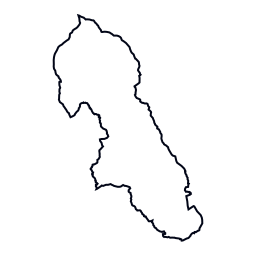 Runcu, Dâmbovita, Romania
{"feature_id": "2599482B4208961659821", "entity_name": "Runcu", "entity_type": "district", "adm_level": 2, "iso_a3": "ROU", "parent_name": "Romania", "parent_adm1": "Dâmbovita", "projection": "orthographic", "projection_center": [25.346, 45.222], "detail": "fine", "context": "isolated", "style": "outline", "palette": "ink", "viewbox_px": 256, "rotation_deg": 0, "n_neighbors": 0, "source": "geoboundaries", "source_scale": "gbopen_adm2", "svg_char_len": 5778}
<svg xmlns="http://www.w3.org/2000/svg" viewBox="0 0 256 256"><path d="M199.4,230.0L199.5,228.4L202.3,223.4L202.2,219.9L201.8,217.6L200.7,215.1L197.1,211.3L194.3,206.4L193.5,206.1L188.5,209.4L187.7,205.8L187.3,201.3L186.3,196.1L190.0,194.7L190.7,194.1L190.2,193.6L190.8,193.3L190.8,193.1L190.2,192.4L189.3,191.9L188.4,192.0L187.7,191.7L187.4,191.8L186.7,191.6L186.0,191.8L184.9,190.2L185.1,188.7L185.9,187.2L188.1,186.9L188.3,184.7L188.8,183.7L188.0,183.4L188.2,180.7L187.9,179.9L187.6,179.5L187.5,178.7L187.7,177.9L186.7,176.4L186.5,175.8L186.6,175.3L185.4,173.5L185.5,173.0L185.1,172.3L185.0,171.2L185.4,171.0L184.2,168.6L181.5,165.9L177.1,162.7L176.3,160.9L175.3,156.4L172.8,155.6L171.7,154.6L169.1,150.2L168.3,148.5L168.1,147.2L166.8,146.2L166.5,145.7L164.5,144.6L164.0,144.2L163.8,143.5L162.7,142.4L162.4,141.9L162.0,140.6L161.8,140.1L161.4,138.7L161.4,137.9L161.6,136.7L161.6,135.1L161.5,134.4L160.4,133.0L160.2,132.6L160.2,131.8L159.4,130.4L158.9,129.4L157.2,128.5L157.1,127.9L157.5,127.1L157.4,126.7L155.1,124.6L154.9,123.6L154.3,122.8L154.1,121.2L153.1,118.9L152.9,118.1L150.7,115.6L150.9,113.0L151.1,112.6L151.0,111.9L150.3,111.0L148.6,109.6L149.0,108.2L149.2,107.8L149.3,107.3L148.2,106.1L147.6,104.0L147.0,103.6L146.4,103.4L145.4,103.5L144.4,103.4L143.3,102.9L142.3,102.9L140.4,101.7L140.1,101.2L140.3,100.1L140.1,99.6L139.8,99.3L136.7,98.0L135.6,96.5L134.9,94.9L135.6,94.0L135.5,93.1L136.0,89.9L135.4,87.6L134.6,86.8L134.5,86.3L138.6,83.4L139.5,82.5L139.6,78.0L139.2,75.8L140.3,75.1L140.6,74.7L140.0,74.0L139.8,72.8L138.6,71.3L138.0,70.2L138.2,69.2L139.2,67.1L139.4,66.4L139.5,65.8L139.1,64.7L139.0,63.1L138.7,61.9L135.8,58.8L135.2,58.6L134.1,55.9L133.7,54.5L131.7,52.7L131.1,51.7L130.1,49.2L129.6,47.2L129.3,46.8L126.0,43.0L123.3,41.0L122.0,40.3L121.6,39.7L121.1,38.1L120.3,37.1L118.6,36.1L116.9,35.6L113.8,35.6L111.8,33.9L111.0,33.5L109.9,32.7L109.3,32.4L106.8,31.9L104.6,31.7L102.1,32.0L101.5,31.9L101.3,31.6L100.9,30.1L98.8,27.4L98.1,25.6L97.2,24.9L96.8,24.2L96.0,23.3L95.0,22.5L94.2,21.1L93.5,20.4L92.1,20.3L89.5,19.5L86.7,19.3L85.7,19.5L83.8,17.7L81.0,16.7L79.4,15.7L78.4,15.4L79.3,18.3L79.6,21.5L80.1,22.7L80.1,23.1L79.4,24.6L77.3,27.3L75.9,28.4L74.6,29.1L73.1,30.2L72.7,30.7L72.1,32.4L70.2,33.6L69.9,34.4L69.7,37.2L69.1,38.3L68.6,39.4L66.8,40.5L63.5,43.0L62.0,44.5L59.7,45.8L58.3,47.1L57.0,50.1L55.0,53.6L54.5,55.0L54.0,57.2L53.7,60.1L53.8,64.4L53.7,66.5L54.0,68.7L55.3,70.8L55.5,72.3L56.0,74.1L56.6,74.9L58.5,76.4L58.7,77.6L60.1,79.3L60.7,80.4L60.9,81.4L60.9,81.8L59.5,81.8L59.3,82.0L59.4,85.1L60.2,87.8L60.0,88.3L59.5,89.1L59.4,91.9L59.9,93.3L59.4,94.2L59.2,95.0L59.1,98.6L58.9,99.6L59.0,99.9L59.9,102.1L63.0,104.4L63.5,106.0L64.8,107.7L65.3,108.6L66.0,109.4L67.2,111.6L67.9,112.5L68.8,113.0L69.1,113.6L69.2,114.4L70.5,117.2L72.4,116.4L74.5,115.2L74.8,114.7L75.0,114.0L76.7,111.8L78.1,110.6L78.7,109.4L78.8,108.2L79.5,107.5L79.9,106.5L80.0,106.0L79.9,104.9L80.2,104.2L80.6,103.7L82.2,102.9L83.2,103.0L83.5,102.6L83.7,102.8L84.2,102.9L85.1,102.9L85.5,102.7L85.9,103.0L87.1,103.1L87.6,103.6L87.8,104.2L88.4,105.0L88.6,105.6L89.0,105.6L89.1,106.1L89.4,106.6L89.4,107.7L89.7,108.0L90.2,108.0L90.3,108.7L90.4,108.9L91.0,109.0L91.3,109.4L91.9,111.0L93.0,113.0L93.9,113.5L94.1,114.1L94.5,114.3L95.4,114.0L96.0,114.0L97.3,114.8L98.1,114.7L98.4,115.0L99.2,115.2L99.3,115.6L98.7,116.6L98.7,117.0L99.0,117.4L100.0,117.4L100.2,117.7L100.2,118.0L99.6,118.9L99.5,119.2L99.6,119.8L100.1,120.8L99.8,122.2L100.0,122.8L100.8,123.4L100.9,126.0L101.1,126.6L103.2,128.6L106.0,129.8L106.6,130.8L106.7,131.7L107.0,132.2L106.9,133.7L107.7,134.7L108.0,135.7L108.3,136.3L107.1,137.8L104.5,138.9L101.5,139.0L99.9,139.4L100.0,140.3L100.2,141.1L101.5,142.7L102.2,145.5L103.0,146.4L100.7,149.0L99.4,150.3L99.3,151.2L99.5,152.0L99.5,153.0L99.7,153.8L99.6,155.3L99.8,157.0L98.4,159.3L97.4,159.8L97.4,162.3L97.2,162.7L96.7,163.1L94.3,164.4L93.3,164.4L92.6,164.7L92.5,165.0L92.6,165.8L91.9,166.7L91.9,167.3L91.5,167.5L91.4,167.9L90.7,168.6L90.6,169.0L90.8,169.4L91.6,170.1L92.1,171.2L92.2,171.8L92.5,172.1L93.1,172.4L92.8,173.2L92.8,174.3L92.1,174.2L92.1,174.4L92.7,175.7L92.8,176.4L94.7,178.1L95.1,178.9L95.4,179.8L95.2,180.5L95.4,180.9L95.9,181.1L95.7,182.0L95.8,182.5L96.7,182.8L97.6,183.7L96.7,184.8L95.9,184.9L95.9,186.5L96.4,187.0L96.8,188.1L96.4,189.1L96.9,188.9L101.1,186.1L101.7,185.5L103.1,185.9L106.0,184.8L108.1,184.8L110.6,184.1L112.0,184.9L113.4,185.5L114.0,185.9L117.7,186.8L119.4,186.8L120.7,186.6L123.1,185.0L124.8,185.9L125.6,185.9L126.6,186.1L129.5,187.1L129.5,187.3L130.1,188.0L130.2,188.4L129.5,188.9L129.3,189.5L128.7,190.1L128.6,191.1L128.7,191.7L129.2,192.2L130.6,193.0L130.7,194.2L131.3,195.7L131.4,196.8L131.2,197.2L131.2,197.6L130.8,198.5L131.3,199.5L130.8,201.4L131.4,202.6L132.1,205.0L132.6,205.5L133.8,205.9L134.7,206.5L135.2,207.1L135.9,209.2L137.0,210.0L137.3,210.5L139.8,210.3L140.2,210.4L140.9,211.1L141.1,211.8L141.6,212.4L142.0,212.9L142.1,213.4L142.4,214.2L142.7,214.4L143.3,214.5L143.7,214.9L143.9,215.2L144.0,216.2L145.1,216.7L145.5,216.4L145.8,216.5L146.3,217.7L148.2,220.3L148.7,221.2L149.6,221.3L149.9,221.2L151.2,221.1L152.4,220.5L152.0,222.4L152.8,223.1L153.2,223.9L153.3,225.2L154.2,226.1L154.4,227.1L155.3,227.9L156.1,228.2L156.7,229.2L157.2,229.8L159.7,231.3L161.9,231.9L162.8,231.8L163.1,231.5L164.0,231.4L164.2,232.0L165.3,233.1L165.2,233.9L162.9,234.1L163.1,236.0L163.5,236.3L163.6,236.6L164.0,236.9L164.2,236.7L167.7,237.3L168.7,236.9L169.9,237.6L170.6,237.7L171.9,237.6L174.7,237.7L175.2,238.0L179.0,238.5L180.0,238.8L180.0,239.2L181.3,239.3L181.6,240.6L182.8,240.5L186.7,238.5L188.2,238.1L189.1,237.4L190.1,236.1L190.4,235.9L190.5,235.4L191.6,233.9L192.6,233.1L193.5,232.9L194.1,233.2L194.3,232.7L194.2,232.5L194.6,232.0L195.0,231.9L195.8,232.2L198.0,230.7L198.6,230.7L199.4,230.0Z" fill="none" stroke="#020617" stroke-width="2"/></svg>